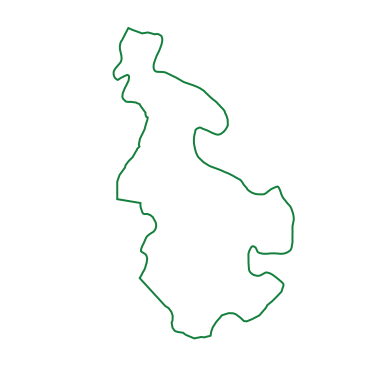 outline of Chique/Blanchard, Vieux Fort, Saint Lucia, rotated 200°
{"feature_id": "8701671B68891744403519", "entity_name": "Chique/Blanchard", "entity_type": "district", "adm_level": 2, "iso_a3": "LCA", "parent_name": "Saint Lucia", "parent_adm1": "Vieux Fort", "projection": "equal_earth", "projection_center": [-60.95, 13.801], "detail": "fine", "context": "isolated", "style": "outline", "palette": "green", "viewbox_px": 384, "rotation_deg": 200, "n_neighbors": 0, "source": "geoboundaries", "source_scale": "gbopen_adm2", "svg_char_len": 6009}
<svg xmlns="http://www.w3.org/2000/svg" viewBox="0 0 384 384"><g transform="rotate(200 192 192)"><path d="M79.9,176.5L80.1,177.5L80.2,178.3L80.6,179.9L81.5,182.0L82.1,183.9L82.6,185.2L83.1,186.6L83.7,188.4L84.3,190.0L84.9,191.5L85.3,192.7L85.8,194.0L86.1,195.5L86.1,196.1L86.4,197.6L86.6,199.1L86.7,199.5L86.9,200.8L87.4,202.2L88.0,203.4L89.5,206.1L92.4,209.8L94.6,212.0L96.2,212.9L97.2,213.4L98.8,214.2L100.2,215.1L101.6,216.0L102.9,216.7L104.4,217.7L104.8,218.0L105.8,218.9L106.4,219.5L107.3,220.5L108.4,221.9L108.9,222.6L109.7,223.5L110.5,224.4L111.2,225.1L112.0,225.8L112.7,226.3L113.5,226.4L114.0,226.0L114.9,225.4L117.2,223.2L117.9,222.5L118.9,221.3L120.3,219.1L120.6,218.6L121.0,218.1L121.3,217.6L122.0,216.3L122.3,215.9L123.7,214.5L124.3,214.2L126.0,213.5L128.6,212.6L130.2,212.2L131.8,211.9L133.2,211.8L134.6,211.9L135.7,211.9L137.5,212.3L139.5,212.8L140.7,213.4L142.3,214.6L143.8,215.4L146.1,216.7L147.7,218.1L148.9,218.9L149.8,219.5L150.7,219.8L151.1,220.0L152.7,220.2L153.1,220.3L155.4,220.6L159.2,221.3L164.2,221.9L168.3,222.0L171.5,222.3L175.1,222.4L178.6,222.4L181.3,222.4L183.2,222.4L184.6,222.5L186.2,222.8L187.4,223.1L188.0,223.2L189.9,223.6L191.4,224.0L193.7,225.0L195.1,225.6L196.5,226.2L197.7,226.8L198.5,227.3L199.5,228.2L200.6,229.3L201.4,230.1L202.9,232.1L204.0,233.6L204.7,234.9L205.7,236.5L206.5,237.8L207.3,239.6L208.0,241.5L208.5,243.0L209.0,245.0L209.2,246.4L209.4,247.9L209.6,249.8L209.9,251.1L209.5,252.5L209.1,253.1L208.3,253.9L208.0,254.2L207.8,254.4L206.8,255.2L205.7,255.4L205.3,255.4L204.1,255.2L203.6,255.1L198.9,255.1L193.7,254.5L190.5,254.4L189.0,254.4L188.3,254.5L187.2,254.8L186.5,255.1L185.8,255.6L184.9,256.4L184.1,257.5L183.7,258.1L182.9,259.4L182.7,259.8L182.2,261.2L181.8,262.3L181.6,263.2L181.5,264.0L181.4,264.3L181.3,265.0L181.2,265.9L181.2,266.6L181.2,267.2L181.8,268.5L182.0,269.0L182.4,270.1L182.5,270.4L183.0,271.5L183.4,272.4L183.6,272.7L184.2,273.5L185.0,274.6L185.8,275.5L186.5,276.3L186.7,276.5L187.2,277.0L187.9,277.6L189.0,279.1L191.3,280.6L193.7,281.7L195.3,282.6L197.6,283.7L198.9,284.4L200.5,285.1L202.2,285.7L203.5,286.0L204.9,286.6L206.6,287.2L208.1,287.8L208.9,288.2L210.1,288.7L211.4,289.3L212.9,289.9L214.4,290.7L214.7,290.8L215.9,291.3L218.2,291.8L219.7,292.2L223.6,292.6L227.9,292.7L231.4,292.6L234.3,292.6L235.9,292.5L237.9,292.6L240.0,293.0L242.8,293.5L246.2,294.1L250.5,294.5L254.2,294.9L256.9,295.2L257.2,295.2L259.2,295.1L261.7,294.4L264.1,293.6L265.4,293.2L266.7,292.9L267.9,293.0L269.0,293.7L269.7,294.4L270.6,295.6L271.0,296.8L271.5,298.4L271.8,300.4L271.8,301.5L271.8,303.1L271.8,304.4L271.8,305.8L271.8,307.0L271.8,308.0L271.6,309.3L271.5,310.2L271.4,311.3L271.2,313.3L271.1,314.9L271.1,316.5L271.1,317.8L271.1,319.8L271.1,320.4L271.2,320.9L271.4,322.4L271.7,324.1L272.1,325.1L272.3,325.7L272.7,326.4L272.9,326.8L273.4,327.3L273.7,327.6L274.3,328.2L275.1,328.4L276.3,328.6L277.4,328.8L278.2,328.7L279.1,328.4L279.7,328.3L280.9,327.4L285.6,327.1L288.1,326.8L293.1,324.0L303.5,324.0L307.9,324.3L309.4,313.0L309.7,310.5L310.1,309.4L310.2,307.3L309.7,304.5L308.6,301.6L305.4,296.6L305.1,296.1L304.9,295.8L304.2,294.2L303.6,292.9L303.4,290.5L303.6,289.0L305.2,284.7L306.1,282.4L306.4,281.1L306.6,280.1L306.7,279.1L306.7,278.1L306.0,275.9L304.3,273.6L303.4,272.9L302.3,272.4L301.2,272.1L300.4,272.0L300.0,272.0L298.0,274.7L295.0,278.0L292.8,279.9L291.9,279.9L290.8,279.3L290.2,277.4L289.7,275.1L290.0,271.8L290.7,265.9L290.8,260.9L290.0,257.7L288.8,256.1L285.2,254.4L283.7,254.6L281.7,255.2L280.7,255.7L275.3,256.9L273.6,256.7L271.4,256.7L269.1,254.8L262.8,250.6L262.4,249.2L260.8,247.1L259.1,246.9L258.6,244.4L258.5,240.2L258.0,234.5L258.6,228.7L259.1,224.3L258.2,218.4L256.9,216.7L258.2,214.0L258.2,212.6L258.5,211.5L259.7,204.4L262.1,199.4L263.6,194.4L263.3,192.1L264.1,189.5L265.9,183.1L265.8,176.2L259.8,159.7L236.7,164.0L236.0,162.2L235.3,160.5L234.1,158.9L232.8,157.3L231.6,155.8L230.7,155.1L229.4,154.9L228.2,155.4L227.3,155.7L226.2,156.2L224.9,156.0L223.3,156.1L222.5,155.8L221.1,155.3L220.4,155.1L219.1,154.0L218.0,153.0L216.2,151.5L215.0,149.9L214.3,148.5L213.8,146.9L213.7,145.0L213.8,143.7L214.2,142.5L214.7,141.3L215.3,140.6L216.1,139.6L217.3,138.0L218.2,136.6L219.2,134.6L219.4,133.7L219.6,131.7L219.7,130.2L219.8,127.8L220.2,124.8L220.3,123.0L220.3,121.0L219.9,119.5L219.6,118.9L218.4,118.4L216.5,118.1L215.6,117.9L214.2,117.5L213.0,116.5L212.1,115.3L211.2,113.8L210.8,111.9L210.6,110.7L210.4,109.6L210.3,107.3L210.1,105.0L210.1,104.0L210.3,101.7L210.6,100.3L210.9,98.5L211.0,97.2L211.3,95.4L211.5,94.3L211.7,93.2L178.1,75.7L174.3,74.9L170.5,72.4L167.8,69.1L166.4,64.7L166.4,62.2L163.9,57.8L160.7,55.6L157.7,55.6L152.0,56.7L150.1,55.9L147.9,55.6L139.8,55.2L136.2,57.4L133.8,58.9L130.8,59.6L125.4,63.3L126.2,67.6L126.2,72.0L124.8,78.2L122.9,83.0L121.8,86.3L116.1,90.7L111.8,92.1L109.1,92.1L104.2,90.7L99.0,88.5L96.3,89.2L92.2,92.9L86.5,99.1L83.0,108.2L82.5,111.5L79.2,117.0L75.7,124.6L74.3,127.9L73.8,129.0L73.9,130.3L74.0,132.8L74.0,135.2L74.2,135.9L74.8,136.9L76.3,137.8L80.2,139.3L83.4,140.4L84.3,140.7L85.4,141.0L86.9,141.5L88.0,141.8L88.9,141.9L90.5,142.2L91.3,142.2L93.0,142.1L93.8,142.0L94.7,141.8L95.0,141.6L95.5,141.3L96.5,140.1L97.5,139.0L98.2,138.1L99.0,137.3L100.4,136.2L101.9,135.6L103.0,135.4L103.7,135.3L105.1,135.3L105.9,135.2L107.0,135.4L108.5,135.9L109.6,136.4L110.6,137.1L111.1,137.5L112.0,138.8L113.3,141.7L114.0,143.3L114.8,145.1L115.6,147.3L117.8,153.1L118.0,154.7L118.0,155.7L118.0,156.7L117.8,158.3L117.7,159.2L117.6,159.9L117.4,160.4L116.8,161.6L116.4,161.8L115.5,161.9L114.5,161.9L113.5,161.6L112.8,161.2L112.2,160.6L111.6,160.0L111.2,159.6L110.4,158.7L109.9,158.3L109.7,158.1L108.6,157.9L107.0,157.8L105.4,158.1L104.3,158.3L103.8,158.4L102.6,158.8L101.1,159.3L98.8,160.4L97.2,161.2L96.3,161.5L94.2,162.3L92.8,162.8L91.6,163.1L90.0,163.6L88.3,164.0L87.2,164.4L86.3,164.7L85.5,165.2L84.6,165.6L83.9,166.0L83.7,166.2L82.9,166.9L82.2,167.5L81.1,168.7L80.3,169.8L79.7,170.8L79.5,171.6L79.4,172.7L79.4,174.1L79.6,175.1L79.8,175.7L79.9,176.5Z" fill="none" stroke="#15803d" stroke-width="2"/></g></svg>